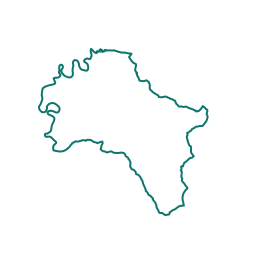 the district of Darlos, Sibiu, Romania, rotated 130°
{"feature_id": "2599482B31956564735352", "entity_name": "Darlos", "entity_type": "district", "adm_level": 2, "iso_a3": "ROU", "parent_name": "Romania", "parent_adm1": "Sibiu", "projection": "orthographic", "projection_center": [24.398, 46.22], "detail": "fine", "context": "isolated", "style": "outline", "palette": "teal", "viewbox_px": 256, "rotation_deg": 130, "n_neighbors": 0, "source": "geoboundaries", "source_scale": "gbopen_adm2", "svg_char_len": 5826}
<svg xmlns="http://www.w3.org/2000/svg" viewBox="0 0 256 256"><g transform="rotate(130 128 128)"><path d="M193.0,170.8L192.5,169.6L190.6,166.2L189.5,164.7L187.6,162.9L185.5,161.8L183.9,161.4L183.3,161.0L182.2,161.2L180.9,160.7L179.8,160.7L178.4,160.9L176.6,160.7L175.4,161.0L174.1,160.5L173.8,160.1L172.0,159.7L171.2,158.3L169.9,157.0L168.7,156.5L167.9,155.6L167.1,155.5L166.7,155.0L166.2,154.4L165.1,153.3L165.0,152.2L164.9,152.1L163.4,151.7L162.8,151.1L161.7,149.7L161.2,148.8L161.0,148.2L160.7,145.2L159.5,142.9L159.3,141.7L155.7,139.7L155.0,138.8L155.9,137.7L158.8,136.9L159.7,136.2L160.5,136.0L161.9,135.2L161.9,132.3L160.9,130.8L160.3,128.5L158.9,127.4L157.6,126.7L156.9,126.1L156.5,125.2L156.3,123.5L155.8,122.5L153.5,119.5L151.0,117.2L150.2,115.7L149.9,114.9L149.8,114.4L150.4,112.7L151.0,111.6L150.8,110.0L150.8,108.8L151.0,108.2L151.6,107.4L151.6,106.5L151.8,105.8L152.2,105.2L152.6,104.2L154.0,103.1L154.6,102.5L156.0,101.7L156.2,101.3L157.1,99.0L157.1,98.4L156.3,96.7L156.7,94.0L158.1,92.1L157.3,90.3L157.3,88.7L157.7,86.9L158.8,84.6L159.2,83.0L159.9,82.1L160.5,81.1L161.1,80.4L163.3,75.7L163.8,75.1L164.2,74.3L164.8,74.0L164.8,72.1L166.0,68.9L165.5,67.2L165.8,66.0L165.8,64.0L166.2,63.4L166.7,63.1L167.2,61.5L167.5,59.6L168.9,56.6L170.0,55.6L170.5,54.8L171.6,52.2L171.7,51.7L172.7,50.0L172.6,49.1L172.3,48.4L171.3,47.6L171.1,47.3L171.0,44.7L170.7,43.4L169.6,42.6L169.1,42.1L167.8,41.0L166.9,41.2L165.6,41.9L163.9,41.1L162.3,41.0L160.2,39.8L155.5,38.7L154.6,38.2L153.7,37.6L152.7,36.4L151.4,35.5L150.8,36.4L149.2,38.1L148.2,39.7L146.1,41.7L142.5,43.5L138.2,44.0L136.6,43.6L136.1,43.7L135.7,44.3L135.4,44.9L135.1,47.1L134.5,48.6L134.0,52.2L133.7,52.9L132.0,53.8L131.8,54.0L131.5,55.1L130.7,56.1L127.0,58.5L126.5,60.3L125.1,60.6L123.9,61.9L123.7,62.3L122.9,62.3L122.4,62.0L122.1,61.3L121.9,61.3L120.5,61.9L118.4,62.5L116.3,61.9L111.6,61.3L111.5,61.1L110.7,60.8L109.5,59.8L107.4,59.6L106.6,62.8L106.2,64.0L103.9,66.0L102.3,67.2L102.1,67.5L101.7,68.4L102.0,69.5L101.7,70.2L100.7,72.2L98.8,75.0L98.1,75.7L97.5,76.9L96.3,77.6L95.0,77.9L93.8,79.5L92.4,78.7L91.1,78.6L89.2,77.9L88.2,78.3L87.4,78.2L85.3,77.2L84.7,77.2L84.1,76.9L83.4,76.8L81.8,75.3L80.4,74.4L78.5,72.3L78.0,72.1L74.0,72.4L73.2,72.3L71.4,72.7L69.7,73.4L68.3,74.2L67.8,74.6L67.3,75.8L66.8,76.7L63.9,78.2L63.2,78.9L63.3,80.4L63.0,83.0L63.2,84.7L64.0,84.7L66.3,84.4L69.0,84.6L70.0,85.1L70.7,85.7L70.8,86.3L71.5,86.5L71.4,87.4L72.0,90.2L72.8,92.1L73.0,93.0L73.5,93.8L73.8,95.6L74.3,97.3L76.2,99.0L76.6,99.6L77.0,100.7L77.7,101.6L78.7,102.4L78.8,102.7L78.8,103.4L78.4,105.0L78.5,106.4L77.6,108.3L76.9,109.2L76.9,109.5L77.4,111.0L77.5,112.5L78.4,114.5L78.4,115.5L79.0,116.9L79.3,118.5L80.1,119.9L81.8,121.0L83.4,122.7L84.4,124.2L83.9,125.1L83.6,126.4L84.2,128.3L84.3,130.2L84.7,132.2L84.3,133.6L84.4,135.2L84.4,135.8L84.1,136.3L83.2,137.3L81.2,138.7L80.3,140.0L80.0,140.9L79.4,141.6L79.5,143.9L79.7,144.5L80.1,144.9L81.6,145.7L82.3,146.4L83.4,148.0L83.6,148.6L84.2,149.6L84.2,149.9L83.8,150.8L83.0,151.8L81.8,154.9L80.8,156.4L80.4,156.1L80.0,156.6L80.2,156.8L79.2,159.7L78.2,160.2L77.1,161.0L75.2,161.8L74.0,163.0L74.6,165.8L74.5,167.9L74.1,168.8L73.7,170.8L72.9,172.8L70.6,172.8L69.0,173.2L69.5,174.2L69.8,174.4L69.8,174.7L70.6,175.5L70.9,176.4L71.7,177.7L72.3,179.0L73.4,180.1L73.6,180.8L74.4,181.4L74.8,182.1L75.0,182.9L75.8,184.3L76.0,185.0L76.3,185.5L76.4,186.1L76.9,187.0L77.3,188.0L77.3,188.4L79.2,190.3L80.6,192.4L82.2,193.9L83.0,194.9L82.6,195.3L83.2,195.9L83.6,195.9L83.9,195.4L84.2,195.3L85.2,196.1L85.9,196.3L85.9,196.7L85.6,196.7L85.5,196.9L85.6,197.2L86.2,197.5L85.2,198.0L85.4,198.3L85.9,198.3L85.4,199.1L85.4,199.6L85.9,199.6L86.3,199.3L86.6,199.7L87.0,199.2L88.1,199.3L88.4,199.7L88.4,200.1L88.5,200.3L89.2,200.2L89.1,200.7L89.3,201.1L89.6,201.1L90.6,200.4L91.1,200.6L91.6,202.6L91.3,204.8L91.1,206.9L91.3,207.1L93.6,205.6L95.2,203.1L96.2,202.2L99.0,201.4L99.7,201.5L100.1,201.8L100.7,203.4L100.9,203.8L101.4,204.3L102.4,204.8L103.4,205.0L104.7,204.9L105.4,203.9L105.2,202.8L105.0,201.9L105.1,200.2L105.6,199.3L106.5,198.0L107.9,196.9L108.8,196.3L110.1,196.3L110.5,196.5L111.0,196.9L111.4,197.5L112.5,200.0L113.0,200.8L113.1,201.7L113.1,202.4L112.7,203.5L112.1,205.0L110.4,206.8L109.3,208.8L109.1,210.2L109.2,210.9L110.1,212.3L110.4,212.6L111.7,212.8L113.0,212.4L113.5,212.1L115.5,209.8L118.2,208.5L120.5,206.6L121.7,205.2L123.0,204.3L124.7,204.1L126.1,204.5L126.8,205.2L127.9,207.0L128.6,209.4L128.8,211.2L128.5,212.3L128.2,214.6L127.3,215.5L126.4,216.2L125.5,216.5L124.0,216.6L123.2,217.0L122.8,217.4L122.3,218.3L122.2,218.9L122.3,219.4L122.7,220.1L123.9,220.5L124.3,220.5L125.5,219.9L126.4,219.2L128.2,217.2L129.3,217.0L130.0,216.4L130.6,214.4L131.0,213.7L131.3,213.5L132.7,213.4L134.2,213.9L135.5,215.1L136.7,216.5L137.6,216.8L138.1,216.4L140.0,212.9L140.7,212.6L141.6,212.7L142.5,213.2L146.3,216.1L148.3,217.3L150.3,218.3L151.7,218.7L152.5,218.6L153.4,218.4L157.5,215.8L158.4,215.1L159.6,213.4L160.7,212.4L161.7,211.8L165.8,210.3L168.6,210.0L169.8,209.1L170.7,207.6L170.9,207.0L171.2,205.0L171.1,204.2L170.3,202.9L169.7,202.3L168.8,201.8L168.1,201.7L166.6,202.0L164.8,202.8L164.2,203.5L163.5,203.9L162.2,204.1L160.2,203.9L157.7,202.3L157.1,201.6L156.5,200.3L156.2,199.0L156.1,196.1L156.1,195.2L156.4,194.1L157.2,192.8L157.9,192.3L159.5,191.6L160.4,191.6L161.6,192.1L161.8,192.2L162.6,193.7L163.4,196.6L164.1,197.8L164.8,198.6L165.9,199.5L166.7,199.7L167.3,199.7L168.2,199.2L168.6,198.5L168.6,197.7L168.5,196.9L167.6,194.1L167.4,192.6L167.6,191.1L168.3,190.2L170.7,189.1L174.8,188.1L178.8,185.7L180.5,185.1L183.8,186.1L184.3,186.3L185.4,187.6L186.1,187.5L187.0,187.0L187.4,186.0L187.4,185.3L187.1,184.7L185.1,182.7L184.9,182.4L184.6,181.2L184.6,179.9L184.9,177.4L184.9,174.8L185.0,174.2L185.2,173.8L185.8,173.4L187.1,173.5L188.6,173.8L190.1,173.4L191.3,172.7L192.1,171.6L193.0,170.8Z" fill="none" stroke="#0f766e" stroke-width="2"/></g></svg>